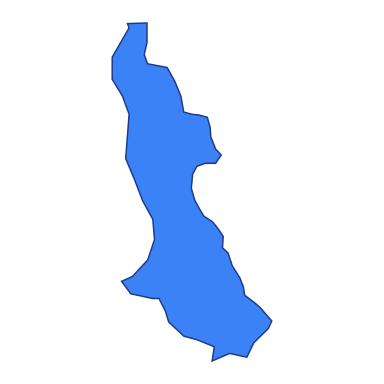 outline of Ortakioï, Cyprus
{"feature_id": "46923920B2976518119869", "entity_name": "Ortakioï", "entity_type": "district", "adm_level": 2, "iso_a3": "CYP", "parent_name": "Cyprus", "parent_adm1": "", "projection": "equal_earth", "projection_center": [33.334, 35.209], "detail": "fine", "context": "isolated", "style": "filled", "palette": "blue", "viewbox_px": 384, "rotation_deg": 0, "n_neighbors": 0, "source": "geoboundaries", "source_scale": "gbopen_adm2", "svg_char_len": 899}
<svg xmlns="http://www.w3.org/2000/svg" viewBox="0 0 384 384"><path d="M121.6,281.3L130.8,293.8L152.5,298.5L159.0,298.5L165.5,311.4L168.7,322.0L183.9,336.2L196.9,339.7L214.3,346.8L212.1,361.0L229.5,353.4L246.8,357.2L253.8,342.8L261.1,335.6L268.3,328.5L271.8,321.0L260.0,307.4L253.8,302.1L244.7,295.3L243.4,287.0L239.9,278.0L232.3,265.9L228.1,253.1L222.5,247.8L223.2,236.5L217.7,228.2L212.8,222.1L203.8,216.1L199.7,209.3L194.8,200.3L191.3,188.2L192.7,173.9L196.9,166.3L205.2,163.3L215.6,163.3L221.2,155.0L215.6,149.0L210.8,136.9L210.1,127.1L207.3,117.3L199.0,115.0L192.0,114.3L183.7,112.0L180.9,96.2L174.7,81.1L167.1,67.5L147.6,63.8L144.2,54.7L147.0,42.6L147.0,34.3L147.0,23.0L127.5,23.6L129.1,27.8L112.2,57.2L112.2,79.3L122.4,95.9L129.1,114.3L125.7,158.5L134.2,178.8L142.7,200.9L152.8,219.3L154.5,239.5L147.8,259.8L132.5,276.4L121.6,281.3Z" fill="#3b82f6" stroke="#1e3a8a" stroke-width="1.5"/></svg>